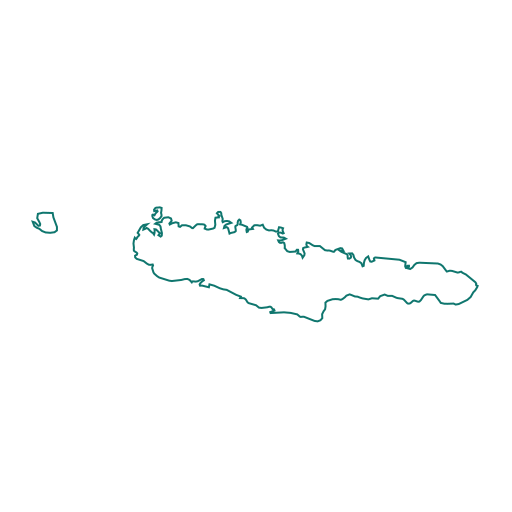 SVG path tracing the border of Sud, rotated 159°
{"feature_id": "NCL-1259", "entity_name": "Sud", "entity_type": "Province", "adm_level": 1, "iso_a3": "NCL", "parent_name": "New Caledonia", "parent_adm1": "", "projection": "orthographic", "projection_center": [166.304, -21.993], "detail": "fine", "context": "isolated", "style": "outline", "palette": "teal", "viewbox_px": 512, "rotation_deg": 159, "n_neighbors": 0, "source": "natural_earth", "source_scale": "10m", "svg_char_len": 5599}
<svg xmlns="http://www.w3.org/2000/svg" viewBox="0 0 512 512"><g transform="rotate(159 256 256)"><path d="M216.4,174.2L218.9,172.9L221.9,172.9L224.6,174.4L232.9,182.0L233.9,182.5L236.1,183.1L236.8,183.7L238.4,186.7L244.1,190.5L250.1,193.4L262.8,197.5L262.8,198.5L258.3,198.5L258.3,199.7L259.5,200.5L259.8,201.5L260.0,202.5L260.6,203.4L261.7,203.9L263.9,204.1L269.4,205.5L271.7,206.7L273.6,210.0L279.8,214.7L280.5,215.9L281.1,219.0L282.0,220.6L283.0,221.2L285.9,222.4L284.7,223.5L288.4,226.8L295.5,234.9L298.5,236.6L301.4,238.9L305.7,243.3L309.6,246.2L311.2,243.7L316.8,247.6L318.9,248.4L318.8,249.7L317.6,250.6L316.3,251.2L314.9,251.7L313.4,252.0L313.4,253.3L314.7,253.9L319.4,253.3L321.5,253.7L323.2,254.6L324.5,255.1L325.4,254.4L326.6,257.5L328.3,259.2L330.9,260.0L334.3,260.4L343.6,262.8L345.9,264.1L354.1,270.6L355.6,272.7L357.3,276.0L357.6,277.4L357.3,281.9L356.7,282.9L355.5,284.1L355.5,285.1L357.8,285.6L359.2,286.3L360.6,288.0L362.7,291.5L368.4,296.1L369.3,298.0L368.8,299.6L367.9,299.8L366.7,299.9L365.9,301.0L366.3,302.1L367.3,303.3L368.1,304.7L367.6,306.3L367.0,307.4L365.9,311.6L364.6,313.9L363.8,315.1L362.6,316.5L362.3,315.6L361.8,314.8L360.9,315.3L360.1,316.1L358.2,316.9L357.4,317.5L357.6,318.4L358.2,320.0L353.2,324.1L350.1,325.3L346.2,324.6L349.5,323.4L350.8,322.6L351.7,321.0L349.2,321.1L348.1,321.4L346.9,320.0L346.0,317.7L344.7,315.2L344.0,314.5L343.5,312.5L342.5,313.8L341.5,316.1L341.2,317.4L339.9,316.7L339.1,315.1L338.3,313.2L337.4,311.5L338.1,311.3L339.6,310.4L338.1,308.3L336.7,308.8L335.6,311.1L335.0,316.1L334.7,317.0L334.6,318.0L335.2,319.9L335.6,320.1L338.5,322.2L336.8,322.7L334.6,322.3L332.7,321.7L331.9,321.6L331.5,322.5L330.4,323.5L329.2,324.2L328.0,324.6L324.0,323.6L321.9,321.5L322.1,319.1L325.2,317.4L325.2,316.3L322.3,316.6L318.8,316.2L316.6,314.6L317.6,311.4L316.5,310.4L314.1,311.2L310.4,309.8L307.1,307.3L305.6,304.9L304.9,304.6L301.2,306.2L299.5,306.7L298.3,306.3L294.2,304.6L292.9,303.7L292.3,302.0L293.4,301.0L294.1,300.0L292.3,298.3L290.9,297.7L286.2,297.0L284.6,297.2L282.8,299.7L281.7,303.6L280.1,306.3L276.9,305.4L276.9,306.1L276.8,306.5L276.5,306.6L275.9,306.6L277.2,309.9L275.5,310.7L273.4,309.9L273.1,308.4L273.6,306.9L273.8,302.5L274.9,300.7L274.9,299.5L272.6,299.7L270.5,299.1L268.6,297.9L267.2,295.8L272.4,296.1L274.6,295.4L275.9,293.6L273.0,293.5L272.1,291.9L272.7,286.4L271.1,286.5L267.6,286.0L266.1,286.4L265.6,287.4L264.9,290.6L264.4,291.3L262.4,291.6L261.6,292.4L261.2,293.7L260.1,295.3L258.6,296.0L257.8,294.9L258.1,293.0L259.5,291.2L257.9,290.2L253.9,286.4L253.9,285.3L255.0,284.7L255.5,284.1L255.8,283.1L256.0,281.7L255.0,281.7L253.4,283.4L249.2,282.4L249.5,284.0L246.5,285.3L243.8,284.3L241.3,282.8L238.5,282.8L238.3,279.5L236.9,277.0L234.7,275.2L232.5,274.6L230.5,273.5L228.6,271.6L226.7,271.2L224.2,274.6L222.5,273.6L220.8,272.2L221.6,271.3L222.0,270.4L222.1,269.2L222.0,267.4L223.0,267.4L224.4,268.9L226.2,269.7L227.5,269.0L227.5,266.3L226.5,264.6L223.4,263.2L222.0,261.5L226.4,261.5L228.2,261.9L229.7,262.6L229.6,260.8L228.9,259.7L227.6,259.2L225.9,259.1L225.0,258.0L225.3,255.8L226.0,253.7L226.4,253.2L225.1,249.3L223.1,247.7L217.5,246.0L215.6,247.2L214.5,246.7L214.8,245.3L216.5,243.6L214.8,242.8L213.6,241.5L213.0,239.8L213.1,237.7L210.6,239.4L209.7,241.0L209.8,245.4L209.1,246.5L207.4,246.5L205.5,246.1L204.4,246.0L205.0,246.9L204.8,248.9L203.8,250.4L201.6,249.0L199.3,245.8L197.8,244.3L192.8,242.4L189.5,236.7L187.2,235.4L186.1,235.1L184.9,234.4L182.8,232.6L181.8,232.0L181.0,232.3L180.2,233.0L179.1,233.2L174.4,233.1L172.9,232.2L172.5,229.5L175.9,231.0L174.8,229.3L170.3,224.9L170.3,223.6L170.9,222.0L171.1,220.7L169.7,220.1L168.0,220.5L167.3,221.5L167.4,223.1L168.0,224.9L165.3,224.0L164.7,222.0L165.0,219.5L164.5,216.6L163.2,214.9L161.5,213.4L160.2,211.5L160.2,208.2L159.0,208.2L157.7,210.9L156.1,213.1L154.0,214.7L151.4,215.4L151.5,211.9L151.3,209.9L150.1,209.2L147.0,209.4L146.9,209.8L147.0,210.6L146.8,211.5L145.8,211.9L145.0,211.8L123.4,201.1L118.5,196.6L120.4,193.0L120.4,191.7L118.1,192.6L116.7,192.1L117.0,191.2L119.3,190.5L116.7,188.6L114.0,189.2L111.4,190.9L108.7,191.8L105.9,191.2L88.9,183.8L86.7,181.9L85.3,179.6L83.8,174.2L83.4,173.1L80.3,172.8L78.3,171.8L73.8,168.3L72.5,168.0L71.1,168.0L69.9,167.7L69.4,166.5L67.2,164.1L66.7,163.6L60.6,152.9L60.3,151.3L60.8,150.5L60.9,149.7L59.8,148.7L60.6,147.7L63.6,145.4L66.2,144.2L70.3,140.8L74.4,139.3L83.9,138.5L87.0,139.1L88.6,140.8L93.9,142.6L97.2,143.9L100.3,146.0L100.7,147.8L102.8,155.4L110.0,158.9L111.3,159.0L113.0,158.9L114.1,158.4L117.9,155.7L119.8,154.9L121.0,155.2L122.1,156.0L123.1,156.9L124.4,157.8L125.6,157.8L128.8,156.6L130.2,156.7L131.3,157.2L131.8,157.9L133.3,161.6L133.8,162.6L134.7,163.6L138.8,165.9L139.9,166.7L143.2,170.0L147.2,171.5L149.7,173.9L154.4,174.0L157.3,172.4L162.9,175.0L166.6,175.2L171.7,178.2L174.1,180.1L175.7,181.6L178.2,182.8L180.7,185.2L182.3,186.6L185.8,186.6L187.9,185.6L190.7,184.8L192.5,184.7L194.7,186.2L197.2,187.3L200.0,188.2L205.4,188.5L207.9,187.6L209.1,184.1L210.6,181.5L212.7,180.2L215.1,178.0L216.4,174.2ZM446.8,356.0L448.5,359.0L450.6,361.0L452.2,363.4L452.2,368.0L450.3,366.5L448.4,362.2L446.8,361.9L446.0,363.2L446.1,365.4L446.7,369.7L444.5,373.5L439.5,372.8L430.4,369.0L431.3,364.7L431.4,354.5L432.7,351.2L435.6,350.4L439.8,351.4L444.0,353.4L446.8,356.0ZM331.9,325.8L334.0,325.1L335.7,325.2L337.1,326.2L338.5,328.2L338.5,330.2L338.1,331.4L337.3,331.6L336.2,330.4L335.0,331.4L334.1,332.0L331.9,332.9L331.9,333.9L334.9,334.4L334.6,335.7L332.9,336.8L331.8,336.9L330.7,336.5L328.4,335.9L326.9,334.7L328.0,332.3L329.2,330.3L329.4,328.6L329.9,327.1L331.9,325.8Z" fill="none" stroke="#0f766e" stroke-width="2"/></g></svg>